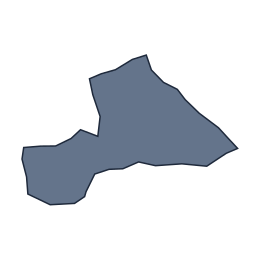 Guéni, Logone Occidental, Chad, rotated 176°
{"feature_id": "50815135B88319439398100", "entity_name": "Guéni", "entity_type": "district", "adm_level": 2, "iso_a3": "TCD", "parent_name": "Chad", "parent_adm1": "Logone Occidental", "projection": "mercator", "projection_center": [15.87, 8.955], "detail": "fine", "context": "isolated", "style": "filled", "palette": "slate", "viewbox_px": 256, "rotation_deg": 176, "n_neighbors": 0, "source": "geoboundaries", "source_scale": "gbopen_adm2", "svg_char_len": 602}
<svg xmlns="http://www.w3.org/2000/svg" viewBox="0 0 256 256"><g transform="rotate(176 128 128)"><path d="M233.4,115.8L235.9,104.4L232.6,86.3L232.5,69.1L211.0,56.9L186.6,56.5L176.6,62.3L176.1,62.5L174.3,67.4L164.4,84.4L149.8,88.1L136.0,87.7L119.8,93.4L103.2,88.5L76.8,88.5L52.1,84.4L31.8,95.9L20.1,100.0L27.4,109.0L37.7,121.9L55.9,137.7L69.0,152.3L76.1,163.1L89.4,171.0L100.6,184.2L104.7,199.5L118.9,196.1L136.5,187.0L150.8,184.0L163.0,179.8L160.8,163.7L155.0,141.4L158.7,121.8L175.5,129.6L185.5,121.5L201.5,115.1L216.4,116.0L233.4,115.8Z" fill="#64748b" stroke="#1e293b" stroke-width="1.5"/></g></svg>